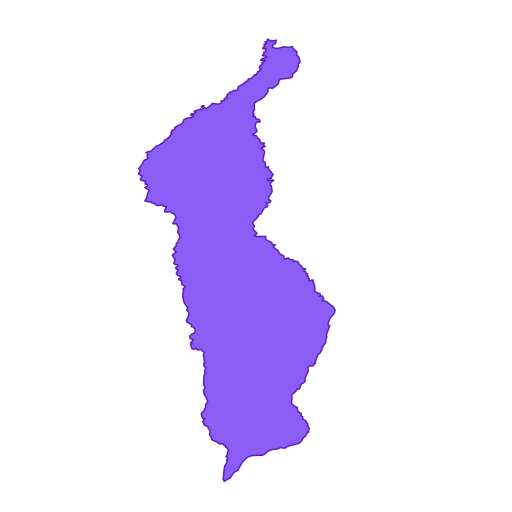 La Sierra, Cauca, Colombia (Equal Earth projection), rotated 67°
{"feature_id": "7082276B53441696517759", "entity_name": "La Sierra", "entity_type": "district", "adm_level": 2, "iso_a3": "COL", "parent_name": "Colombia", "parent_adm1": "Cauca", "projection": "equal_earth", "projection_center": [-76.803, 2.2], "detail": "fine", "context": "isolated", "style": "filled", "palette": "violet", "viewbox_px": 512, "rotation_deg": 67, "n_neighbors": 0, "source": "geoboundaries", "source_scale": "gbopen_adm2", "svg_char_len": 6084}
<svg xmlns="http://www.w3.org/2000/svg" viewBox="0 0 512 512"><g transform="rotate(67 256 256)"><path d="M65.3,153.2L64.6,156.3L63.7,157.2L63.7,158.8L61.1,160.1L61.3,161.0L62.6,161.6L62.6,164.0L64.5,163.1L64.2,165.7L64.8,166.2L65.9,165.7L67.5,168.7L68.0,168.5L68.9,165.6L70.4,166.9L71.7,167.2L71.5,169.3L72.9,169.4L73.7,171.6L74.7,171.1L75.4,169.2L77.1,168.3L76.8,172.7L77.3,175.1L78.2,174.9L78.7,171.6L79.8,171.3L80.5,175.2L81.6,174.5L82.6,178.0L83.5,179.1L84.4,179.3L85.2,178.2L85.8,178.5L86.2,179.8L87.1,180.4L87.0,182.2L89.3,185.1L88.6,186.1L90.4,189.9L90.6,192.4L90.0,193.8L91.6,195.4L91.3,196.8L92.6,200.2L93.2,206.1L95.9,208.1L95.8,210.1L94.8,211.6L95.5,213.8L95.0,215.9L96.4,219.7L98.1,221.1L99.2,220.8L98.8,223.7L100.0,224.3L100.3,225.4L99.7,227.7L101.6,227.8L101.7,230.9L98.5,236.6L99.9,239.6L100.9,244.2L98.3,246.3L97.2,245.4L96.7,246.8L97.2,248.0L99.3,247.2L100.0,248.0L99.9,249.3L99.0,249.5L99.2,250.7L98.5,255.8L99.0,256.4L99.8,255.3L100.3,255.6L100.9,257.4L100.0,259.6L100.5,260.8L101.4,260.7L102.0,258.8L103.3,259.5L103.4,261.0L102.2,265.5L102.3,269.1L105.3,272.1L105.6,278.5L106.3,281.0L107.6,281.3L107.6,284.6L108.4,284.8L109.0,286.0L110.0,285.6L111.3,287.2L112.7,289.9L113.7,292.9L113.5,294.4L115.1,296.6L116.1,302.3L116.0,305.3L118.7,312.4L117.7,314.3L117.8,316.5L118.9,315.7L121.3,317.1L124.1,317.5L124.2,321.6L127.0,325.0L129.7,329.7L132.1,329.5L134.6,332.0L137.9,329.8L140.3,332.6L141.2,332.3L144.1,328.6L146.2,329.9L146.8,329.7L147.2,328.1L148.8,328.2L149.7,331.5L152.9,328.9L153.8,328.8L157.0,332.1L159.1,333.3L161.9,336.7L164.7,332.8L165.1,331.2L166.3,331.1L168.1,329.1L170.7,327.6L171.6,325.7L171.9,322.9L173.6,322.1L175.5,319.3L178.6,322.5L180.0,322.5L181.8,317.4L183.8,316.5L185.4,314.9L189.0,314.3L193.5,319.7L194.3,319.3L195.3,316.3L197.9,316.6L199.3,316.0L204.0,319.0L205.4,318.2L209.3,318.8L210.4,320.6L212.7,322.4L213.2,324.4L215.7,325.8L217.0,329.2L218.0,329.3L220.8,327.8L222.6,332.6L228.1,332.1L230.5,334.5L232.0,334.0L233.8,331.2L234.8,332.0L235.3,334.7L236.9,334.4L238.5,333.2L240.9,336.2L242.7,335.9L245.7,333.4L246.6,333.9L246.7,335.8L247.1,336.3L248.0,336.1L249.5,334.1L253.1,335.5L256.1,333.1L257.1,334.0L257.7,336.0L261.2,337.0L262.2,338.4L263.4,338.3L264.8,339.4L271.0,340.3L276.8,339.2L278.8,340.8L282.4,339.8L284.2,341.0L288.2,345.4L290.0,345.3L294.0,342.1L295.8,343.1L296.6,341.4L297.5,341.6L298.8,340.6L301.5,341.3L302.7,342.6L303.1,346.6L303.9,348.3L306.3,348.9L308.5,346.3L310.5,350.1L311.6,349.4L312.4,350.9L315.8,351.2L317.6,350.1L317.4,348.2L317.9,347.1L319.8,346.5L320.5,343.0L321.9,342.8L324.3,341.1L326.9,343.4L330.0,343.7L331.4,344.6L332.9,344.3L335.2,346.5L337.3,346.8L339.1,345.7L341.2,347.9L344.7,349.0L345.5,350.5L352.4,353.9L353.9,353.9L354.7,354.8L356.2,353.9L358.0,354.8L359.1,356.8L363.2,357.8L368.2,356.9L370.7,357.2L372.5,359.0L373.2,360.7L375.5,361.4L378.6,365.1L379.2,367.1L380.0,368.1L382.7,368.6L383.9,367.9L384.7,368.5L385.9,366.7L387.5,369.9L389.2,369.3L391.2,369.8L394.3,366.9L396.4,367.4L398.7,366.2L402.4,368.7L404.9,367.9L407.5,368.5L409.0,367.6L411.7,364.5L412.6,364.5L414.6,363.1L415.9,359.8L417.8,359.4L418.6,358.3L420.2,358.6L421.2,357.5L422.4,357.7L424.1,356.9L425.5,358.9L427.4,359.8L429.2,362.0L430.9,361.0L431.9,361.5L432.2,362.7L432.9,362.1L435.8,364.8L437.0,366.7L438.9,368.1L448.8,373.5L450.9,373.3L450.2,366.8L446.7,360.8L446.0,356.2L440.2,348.9L438.6,345.1L437.8,341.5L438.2,337.4L441.9,327.9L441.8,325.6L440.4,321.5L440.4,317.1L442.1,310.8L441.9,308.4L444.2,304.5L443.6,300.8L445.2,289.8L444.3,286.7L442.0,283.6L440.9,280.5L438.6,277.7L438.5,276.3L438.0,276.7L435.6,274.3L433.4,274.7L430.0,273.9L428.3,274.8L427.0,274.5L425.4,276.1L423.5,276.5L422.2,275.9L420.9,277.0L418.5,275.9L416.0,277.8L413.0,277.8L411.6,277.2L409.1,279.4L405.4,281.0L400.6,278.2L398.0,277.8L396.0,272.1L394.3,270.3L395.4,268.9L395.3,268.1L391.8,264.5L391.0,260.6L389.9,259.2L388.3,259.3L382.0,252.6L379.2,252.0L378.0,250.2L378.1,249.1L379.3,247.2L379.0,245.2L377.9,244.7L377.9,243.5L377.2,243.7L376.5,242.1L375.5,241.9L371.2,237.8L370.2,234.8L368.1,232.1L366.4,231.1L362.5,225.3L360.5,224.8L358.4,222.5L356.0,222.0L349.2,215.5L346.7,216.4L346.0,215.9L341.8,211.6L339.2,206.1L336.5,204.3L333.4,204.6L325.8,208.8L323.8,210.6L322.9,212.4L321.3,210.2L318.6,210.7L317.9,212.8L317.7,212.2L315.6,211.8L314.9,213.2L310.9,215.9L308.5,214.1L307.2,214.4L305.6,213.3L303.6,213.8L302.7,213.0L301.6,213.6L300.6,212.9L299.8,214.0L300.3,215.8L299.0,216.9L297.7,215.8L295.5,216.8L295.0,215.9L293.6,216.5L292.6,215.6L291.1,216.7L290.3,216.3L288.4,218.0L287.9,217.5L287.6,215.8L287.0,215.6L285.5,218.1L284.0,217.8L280.2,219.6L278.2,219.4L276.1,221.5L275.6,223.5L274.2,223.3L272.6,226.1L270.4,227.0L270.1,229.9L269.4,231.1L266.7,230.5L263.7,233.1L259.5,233.7L254.9,236.4L254.2,236.2L253.3,234.1L252.1,236.5L249.8,236.2L244.9,240.5L241.7,239.5L239.4,245.2L237.4,249.1L236.6,249.8L235.7,246.4L234.2,246.5L231.1,248.1L229.5,247.7L228.0,245.8L223.9,246.2L220.6,238.6L219.2,237.7L218.9,234.6L214.9,229.6L215.0,226.1L214.0,225.4L211.5,225.9L212.1,222.0L210.7,220.9L209.1,222.0L206.8,221.6L203.8,216.8L202.2,215.7L197.2,214.5L196.5,215.3L195.3,214.9L194.2,213.4L193.2,210.3L192.3,211.1L191.9,214.9L190.1,215.7L189.5,214.9L190.4,213.1L190.2,211.3L188.7,210.1L187.7,208.4L180.2,210.6L178.8,209.8L178.3,211.8L177.4,212.4L173.2,210.9L171.7,212.4L170.9,212.5L163.6,207.5L161.8,207.4L158.7,209.0L158.6,204.9L157.0,206.0L155.6,204.3L154.9,204.7L154.7,206.9L151.8,207.5L150.6,207.0L147.4,208.6L145.6,208.7L143.3,211.6L142.7,211.1L142.1,207.4L141.4,206.2L136.1,206.2L133.6,204.0L133.1,202.0L134.1,200.7L133.9,199.7L131.6,199.6L130.0,202.3L126.9,202.4L126.6,204.0L126.0,204.1L124.5,202.4L122.9,202.9L120.8,200.4L114.9,197.9L114.0,195.4L113.7,190.6L112.5,186.0L109.8,181.1L106.5,179.4L106.6,177.5L108.2,175.2L106.8,169.8L105.9,168.0L104.1,166.8L103.0,165.0L102.9,163.7L105.4,155.4L105.3,152.7L102.7,150.9L101.5,146.8L97.9,142.8L96.1,142.3L94.2,139.4L89.5,138.9L86.8,140.1L84.0,138.5L80.3,140.7L77.4,140.8L76.9,144.1L74.2,148.7L73.5,154.7L72.0,157.6L70.5,159.1L68.6,158.6L67.9,155.0L65.3,153.2Z" fill="#8b5cf6" stroke="#5b21b6" stroke-width="1.5"/></g></svg>